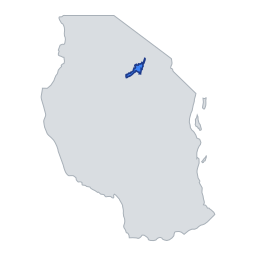 location of Karatu, Arusha, United Republic of Tanzania
{"feature_id": "72390352B22674606658861", "entity_name": "Karatu", "entity_type": "district", "adm_level": 2, "iso_a3": "TZA", "parent_name": "United Republic of Tanzania", "parent_adm1": "Arusha", "projection": "equal_earth", "projection_center": [35.413, -3.487], "detail": "fine", "context": "in_parent", "style": "filled", "palette": "blue", "viewbox_px": 256, "rotation_deg": 0, "n_neighbors": 0, "source": "geoboundaries", "source_scale": "gbopen_adm2", "svg_char_len": 6336}
<svg xmlns="http://www.w3.org/2000/svg" viewBox="0 0 256 256"><path d="M97.6,192.4L95.0,190.6L92.7,189.5L90.8,188.3L90.0,187.1L88.2,186.7L86.7,186.5L85.3,185.4L82.3,185.0L82.0,184.2L82.0,182.6L81.5,182.2L80.4,181.8L79.3,181.8L78.6,182.0L78.1,181.9L77.2,181.0L76.3,179.8L76.0,177.8L74.6,176.6L73.1,175.6L68.8,175.7L68.2,175.4L67.1,174.4L65.9,172.8L65.0,170.9L64.1,168.4L63.2,165.0L58.3,151.5L57.8,149.0L56.8,146.1L55.2,142.7L53.6,140.1L51.3,137.7L48.7,135.4L47.3,133.8L44.7,127.4L44.1,124.4L43.7,121.4L43.9,120.1L45.5,116.1L45.7,115.0L45.5,113.5L44.6,110.3L43.6,106.4L41.5,99.4L41.2,97.7L41.2,96.3L42.4,89.2L42.4,88.2L47.3,88.3L50.9,85.2L54.0,80.5L54.6,78.6L55.9,75.6L57.1,74.1L57.6,73.0L58.3,70.1L60.0,68.0L61.6,66.5L61.2,65.4L61.5,65.0L62.3,64.2L64.0,63.4L64.4,61.9L64.4,60.1L64.1,59.1L64.1,58.0L63.9,57.3L62.8,57.2L61.1,56.3L59.7,55.9L58.8,55.4L58.4,55.0L58.3,53.9L59.1,51.2L58.3,50.1L60.0,45.5L60.3,45.0L60.9,44.9L61.9,44.4L62.8,44.2L63.6,44.4L64.1,44.2L64.6,43.7L65.0,42.2L65.4,39.6L65.2,37.5L64.5,35.9L64.3,33.4L64.6,30.1L64.3,27.3L63.5,25.1L62.7,23.8L61.5,23.2L59.6,19.9L59.0,18.2L59.1,17.2L59.8,16.8L61.0,16.9L62.1,16.6L63.2,15.6L64.3,15.4L64.8,15.5L113.9,15.5L171.3,58.6L171.5,59.1L172.0,62.8L171.9,64.1L171.0,66.2L170.7,67.3L170.7,68.1L170.9,68.4L171.7,68.5L172.3,69.0L172.6,69.4L173.0,71.1L173.7,71.9L195.4,93.0L195.9,93.3L195.6,95.1L194.4,99.4L194.3,101.2L193.8,103.3L193.3,104.7L192.1,110.7L191.0,113.0L189.6,118.3L189.3,122.3L190.1,125.1L190.4,127.8L192.1,130.4L193.4,131.3L194.3,132.5L195.9,135.2L196.8,138.0L199.7,139.3L200.9,142.4L200.4,144.5L199.1,146.2L197.8,149.0L196.8,152.7L196.8,158.4L197.4,157.5L199.0,158.9L199.1,163.1L197.6,168.0L197.1,170.2L197.0,172.2L198.1,178.0L199.8,180.9L199.7,181.9L199.2,182.6L202.2,187.9L201.9,192.4L203.0,195.9L203.5,199.0L204.2,201.4L204.3,203.0L203.4,204.8L205.6,205.2L206.8,206.7L207.4,208.1L209.0,208.1L209.8,209.0L211.0,209.8L213.7,212.2L214.4,213.4L214.8,214.5L207.4,221.9L204.7,223.9L202.8,224.7L200.8,225.2L198.9,226.4L197.0,228.2L194.7,229.2L191.8,229.2L188.8,230.5L184.1,234.3L181.4,232.2L179.2,231.5L176.8,231.6L175.3,231.8L174.7,232.3L174.2,233.6L173.8,235.8L172.2,237.8L169.4,239.8L166.8,240.5L164.4,240.0L162.7,239.2L161.9,238.1L160.6,237.5L159.0,237.6L157.4,238.4L155.9,240.0L153.5,240.6L150.2,240.4L148.4,239.7L148.2,238.4L146.7,236.9L144.1,235.2L142.1,235.1L140.9,236.8L139.7,237.8L138.7,238.3L137.8,238.3L136.4,237.9L132.8,237.7L129.3,237.8L129.0,235.4L128.3,233.9L127.6,233.0L126.5,232.8L126.1,232.2L125.7,230.7L125.1,229.4L124.3,228.3L123.9,227.4L123.7,226.5L123.8,225.5L124.6,223.0L124.8,221.3L124.7,219.6L124.3,217.9L123.5,215.8L123.6,215.2L123.3,213.7L123.3,212.7L123.4,211.5L123.3,209.8L122.6,206.3L122.6,205.4L121.8,203.7L119.5,199.7L119.4,199.2L115.8,195.1L114.3,194.2L113.8,195.0L113.6,195.7L113.8,197.0L113.7,197.6L113.5,197.9L112.7,197.9L112.1,197.7L110.8,196.6L109.7,196.4L107.0,196.6L106.1,196.8L105.4,196.6L104.0,194.7L102.3,194.3L100.9,194.2L98.4,192.1L97.6,192.4ZM200.1,124.5L201.3,129.0L201.2,129.8L200.3,130.3L199.9,130.4L199.4,129.7L199.0,128.1L198.3,128.5L197.3,126.7L196.2,126.6L195.2,124.5L195.6,122.6L195.4,119.4L196.6,117.7L197.2,115.0L198.0,116.9L198.1,119.8L199.1,123.3L200.1,124.5ZM206.0,97.8L206.1,98.9L205.8,99.9L205.9,103.1L205.8,105.2L204.9,108.1L204.1,109.1L203.5,108.8L202.9,108.3L202.5,107.5L203.4,102.2L203.0,98.2L204.6,98.6L206.0,97.8ZM203.4,162.4L202.5,162.7L202.2,162.4L201.7,161.5L202.6,160.8L203.5,159.3L205.5,157.2L206.4,155.5L206.3,157.1L205.1,160.8L204.2,161.0L203.4,162.4Z" fill="#d9dde1" stroke="#a8b0b8" stroke-width="1"/><path d="M142.9,66.6L142.9,66.4L143.0,66.3L143.1,66.2L143.1,65.9L143.0,65.5L143.0,65.1L142.7,64.8L142.9,64.5L143.1,64.2L143.4,63.8L143.7,63.5L143.8,63.1L144.0,62.8L144.2,62.2L144.6,61.0L144.9,60.2L145.0,59.7L145.0,59.4L145.1,59.2L145.1,58.7L144.8,58.3L144.7,58.3L144.7,58.5L144.6,59.0L144.4,59.4L144.3,59.7L144.0,60.6L143.7,61.6L143.3,62.1L142.8,62.5L142.3,63.0L142.0,63.1L141.9,63.0L141.9,63.3L141.7,63.3L141.3,63.4L141.1,63.5L141.0,63.8L140.9,63.9L140.7,63.9L140.3,63.8L140.2,63.9L140.0,64.1L139.7,63.9L139.5,64.0L139.4,64.0L139.0,64.0L138.9,64.0L138.6,63.9L138.6,64.0L138.4,64.3L138.4,64.5L138.2,64.6L138.1,64.8L137.9,64.9L138.0,65.1L137.9,65.1L137.7,65.0L137.4,65.0L137.0,65.0L136.9,65.1L136.8,65.3L136.6,65.2L136.5,64.8L136.3,64.5L136.3,64.3L136.2,64.3L135.9,64.6L135.7,64.8L135.7,64.7L135.0,65.0L134.8,65.5L134.8,65.9L135.1,66.3L135.3,66.7L135.4,66.9L135.5,67.3L135.5,67.6L135.4,67.7L135.3,67.8L135.2,68.1L134.9,68.2L134.7,68.2L134.4,68.1L134.3,68.3L134.2,68.3L134.2,68.5L134.3,68.5L134.3,68.4L134.4,68.5L134.2,68.7L134.3,68.7L134.2,68.7L133.9,68.7L133.7,68.8L133.7,69.2L133.7,69.4L133.6,69.6L133.7,69.8L133.7,70.2L133.8,70.4L133.7,70.5L133.3,70.8L133.1,71.0L132.9,71.0L132.7,71.2L132.7,71.3L132.4,71.4L132.0,71.7L131.7,72.0L131.3,72.3L130.6,72.8L130.4,72.8L130.2,72.9L130.2,73.0L130.2,72.9L130.1,73.0L129.9,73.1L129.7,73.1L129.8,73.2L129.7,73.2L129.5,73.3L129.4,73.3L129.5,73.3L129.4,73.3L129.2,73.4L128.9,73.4L128.8,73.5L128.4,73.8L128.2,73.8L127.9,74.0L127.7,74.1L127.4,74.2L127.3,74.3L127.2,74.4L127.2,74.5L127.2,74.4L127.2,74.5L127.2,74.8L126.9,75.0L126.7,75.0L126.7,74.9L126.6,74.7L126.7,74.4L126.4,74.4L126.3,74.5L126.2,74.6L126.0,74.8L126.0,75.3L126.0,76.3L126.0,76.7L126.1,76.9L126.2,77.1L126.3,77.2L126.3,77.5L126.7,77.5L126.8,77.6L127.4,77.3L127.5,77.1L127.8,76.7L128.2,76.7L128.5,76.5L128.7,76.4L128.8,76.4L129.1,76.2L129.3,76.1L129.5,75.9L129.8,75.8L130.0,75.9L130.0,76.0L130.6,75.7L131.0,75.2L131.3,75.1L131.6,74.9L132.1,74.5L132.5,74.1L132.9,73.8L133.1,73.5L133.6,73.1L133.7,72.9L133.9,72.8L134.3,72.3L134.5,72.1L134.8,72.2L135.0,72.2L135.3,71.8L135.6,71.3L135.6,71.2L135.9,70.7L136.1,70.7L136.1,70.8L136.3,70.8L136.5,71.0L136.8,71.2L137.0,71.4L137.1,71.5L137.4,71.6L137.6,71.7L137.9,71.8L138.0,71.9L138.2,72.0L138.4,72.2L138.5,72.2L138.8,72.2L139.0,72.2L139.4,72.2L139.5,72.3L139.5,73.1L139.4,73.2L139.3,73.4L139.3,73.5L139.2,73.8L139.8,73.8L140.2,73.8L140.3,73.7L140.5,73.8L140.5,73.7L140.6,73.4L140.7,73.2L140.7,72.9L140.8,72.6L140.8,72.4L140.8,72.2L140.9,71.7L141.0,71.4L141.1,70.9L141.1,70.5L141.1,69.9L141.1,69.3L141.3,69.6L141.5,69.6L141.8,69.4L142.0,69.5L142.1,69.4L141.9,69.1L141.9,68.9L142.0,68.7L142.1,68.4L142.3,68.2L142.3,67.9L142.3,67.7L142.3,67.4L142.5,67.2L142.7,66.9L142.7,66.7L142.8,66.7L142.9,66.6Z" fill="#3b82f6" stroke="#1e3a8a" stroke-width="1.5"/></svg>